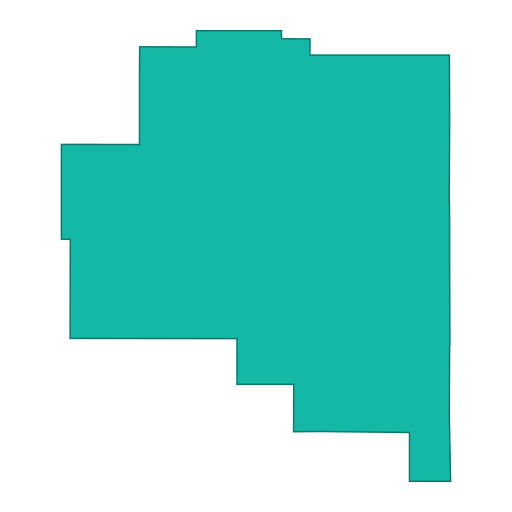 the district of Fallon, Montana, United States of America
{"feature_id": "52423323B16116939849770", "entity_name": "Fallon", "entity_type": "district", "adm_level": 2, "iso_a3": "USA", "parent_name": "United States of America", "parent_adm1": "Montana", "projection": "robinson", "projection_center": [-104.352, 46.283], "detail": "fine", "context": "isolated", "style": "filled", "palette": "teal", "viewbox_px": 512, "rotation_deg": 0, "n_neighbors": 0, "source": "geoboundaries", "source_scale": "gbopen_adm2", "svg_char_len": 526}
<svg xmlns="http://www.w3.org/2000/svg" viewBox="0 0 512 512"><path d="M139.5,71.2L139.5,144.5L61.4,144.4L61.4,239.2L70.3,239.2L70.1,338.4L237.0,338.6L237.0,384.3L293.7,384.3L293.6,431.7L322.0,431.5L409.5,432.5L409.5,481.3L450.6,481.3L449.9,445.7L449.3,414.9L449.6,345.5L449.9,344.9L449.6,257.8L449.6,232.9L449.6,223.2L449.5,209.2L449.2,199.6L449.6,129.0L449.6,111.5L449.4,55.1L309.9,55.1L310.0,38.9L281.5,38.8L281.5,30.7L196.4,30.7L196.4,47.0L139.7,46.8L139.5,71.2Z" fill="#14b8a6" stroke="#0f766e" stroke-width="1.5"/></svg>